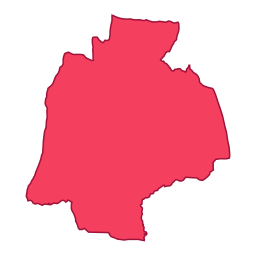 outline of Shinyanga Urban, Shinyanga, United Republic of Tanzania
{"feature_id": "72390352B93356288072561", "entity_name": "Shinyanga Urban", "entity_type": "district", "adm_level": 2, "iso_a3": "TZA", "parent_name": "United Republic of Tanzania", "parent_adm1": "Shinyanga", "projection": "robinson", "projection_center": [33.442, -3.624], "detail": "fine", "context": "isolated", "style": "filled", "palette": "rose", "viewbox_px": 256, "rotation_deg": 0, "n_neighbors": 0, "source": "geoboundaries", "source_scale": "gbopen_adm2", "svg_char_len": 4995}
<svg xmlns="http://www.w3.org/2000/svg" viewBox="0 0 256 256"><path d="M112.1,15.4L112.0,16.4L112.0,20.7L110.7,26.5L110.1,31.3L110.0,35.0L109.3,39.5L107.5,40.5L104.9,40.3L103.7,42.1L102.9,42.6L101.7,42.1L99.3,40.2L97.2,37.2L95.4,37.1L93.8,37.2L92.8,37.5L92.3,39.5L92.4,43.1L93.1,47.5L92.8,49.3L92.8,50.8L93.0,52.8L93.1,58.7L93.4,60.1L92.1,60.6L89.7,59.6L86.9,58.3L85.7,57.6L84.5,56.0L83.2,54.8L80.1,54.4L76.7,54.4L73.3,54.5L71.4,53.7L69.7,52.9L68.6,52.2L65.9,53.0L64.6,53.8L63.7,56.6L63.2,58.9L63.2,62.0L63.1,64.2L62.3,65.4L61.7,66.3L60.1,67.2L59.5,69.0L59.5,70.1L59.0,71.2L58.6,72.2L58.1,73.3L57.1,74.6L56.0,75.9L55.6,76.8L55.1,77.7L54.7,78.9L54.3,79.8L54.0,80.6L53.7,81.5L53.3,82.6L52.8,83.5L52.4,84.3L51.5,85.3L50.9,85.9L50.7,86.1L48.7,87.7L48.2,88.1L47.9,88.8L47.7,90.2L47.3,91.2L47.0,92.4L46.6,94.8L46.7,96.8L45.7,98.9L45.3,101.7L45.2,103.9L46.1,106.1L47.1,107.6L47.3,109.1L46.9,110.4L47.0,112.5L47.1,115.7L47.2,117.6L46.5,120.3L46.3,123.7L46.1,126.8L45.7,128.3L45.5,128.7L44.5,131.9L43.4,140.9L43.0,148.8L42.6,153.6L42.2,153.9L41.5,155.7L41.2,157.5L40.9,158.8L40.0,161.5L39.0,164.3L37.8,167.2L36.9,169.5L35.8,172.1L34.7,175.7L33.5,177.8L32.8,179.2L31.9,180.4L31.2,182.1L30.3,183.7L28.5,185.8L27.9,187.9L27.1,190.3L27.1,191.5L26.6,194.0L26.3,196.5L27.0,197.8L27.4,198.9L27.8,199.6L27.9,200.7L28.7,200.8L29.5,200.4L30.5,200.4L31.1,200.6L31.8,201.1L32.5,201.8L32.9,202.7L33.5,203.4L34.2,203.5L34.7,203.8L35.4,204.0L37.2,203.4L38.2,203.5L39.9,204.3L40.6,204.5L41.5,204.8L41.8,205.2L42.7,205.1L43.9,204.2L45.3,204.1L46.1,204.2L47.7,204.3L47.9,204.5L48.3,204.5L48.6,203.6L49.2,203.4L49.7,204.5L50.0,204.8L51.1,204.6L51.9,204.1L53.5,203.3L55.1,203.2L56.0,203.2L56.9,203.6L58.1,203.1L58.8,202.7L60.7,201.3L61.4,200.6L62.4,200.3L64.1,200.6L64.5,200.8L64.9,201.1L65.5,201.9L65.8,202.1L67.0,201.4L67.5,200.3L68.4,200.2L69.1,200.5L69.7,200.9L70.2,201.2L70.6,201.7L71.3,201.6L71.7,201.8L71.8,202.7L71.4,204.3L71.3,208.3L72.1,210.9L73.4,213.0L74.8,216.2L75.6,219.1L75.7,221.1L76.5,222.8L77.3,224.6L77.9,226.5L78.5,228.4L79.6,229.5L82.1,229.5L83.4,229.0L84.3,228.3L88.5,232.1L108.5,232.6L108.8,232.8L109.6,234.7L111.1,236.6L114.2,237.7L117.8,239.2L119.9,239.4L124.2,240.0L128.2,239.4L132.2,239.4L135.6,239.4L138.5,239.4L138.8,239.5L144.2,240.6L144.4,240.0L144.2,238.6L143.8,237.3L144.8,236.3L145.1,234.9L144.4,234.2L145.1,233.8L146.5,234.7L146.9,233.8L146.3,232.1L144.4,231.6L143.7,230.1L144.0,228.7L144.0,227.2L143.2,225.8L143.3,225.0L143.1,225.1L142.7,223.2L142.6,221.2L141.4,219.3L141.3,217.5L141.7,215.4L142.4,214.2L142.2,213.1L141.6,212.1L142.2,210.1L142.4,208.1L141.6,207.0L140.6,206.1L140.7,204.8L141.9,204.2L142.0,202.7L142.1,200.9L142.4,199.5L143.5,199.3L145.6,197.7L147.4,197.8L149.4,196.8L149.9,195.4L150.5,193.9L152.2,193.8L153.2,193.6L154.3,191.4L155.2,190.6L156.3,190.8L157.5,190.4L158.6,188.6L159.8,187.9L162.8,185.7L164.2,185.2L164.7,186.6L165.9,186.3L167.6,186.0L169.9,185.8L171.4,184.7L172.2,183.1L173.8,181.7L174.8,180.5L176.0,179.7L177.2,179.9L178.5,180.4L179.4,181.0L181.8,180.9L183.5,180.0L184.3,178.9L185.6,177.3L188.2,177.4L192.2,177.7L194.4,177.8L197.3,177.9L198.3,179.2L200.1,180.0L202.3,180.4L204.5,179.2L205.6,178.2L207.2,177.0L208.6,175.6L209.6,174.4L210.0,172.1L211.6,171.3L212.8,170.2L213.4,170.0L213.2,168.4L213.2,163.1L213.2,162.1L214.6,160.9L215.6,159.4L217.8,159.1L220.1,158.7L222.7,158.8L226.4,158.8L228.4,158.3L229.3,158.1L229.7,156.1L229.6,153.0L229.2,148.1L228.8,145.6L228.0,142.5L226.4,132.2L225.0,126.9L223.7,121.1L222.5,115.8L219.8,107.4L217.6,101.1L215.9,95.7L214.1,91.0L212.6,88.5L209.0,87.7L206.8,87.0L203.5,85.8L202.1,84.7L199.7,82.4L199.1,78.7L198.1,76.5L196.5,74.4L194.8,73.4L193.1,72.2L191.8,70.4L190.7,69.6L190.0,68.8L189.6,66.0L189.7,65.3L189.0,65.2L188.5,67.0L188.1,67.6L187.9,67.7L187.7,68.1L187.2,68.5L186.6,69.1L186.3,70.4L186.3,71.3L185.4,72.2L184.8,71.5L184.2,71.3L182.3,70.7L181.6,70.6L180.9,69.3L179.6,68.6L179.1,68.6L178.4,69.0L177.6,68.8L176.6,69.2L175.6,69.3L174.7,69.4L174.5,69.6L174.4,70.0L174.0,70.3L173.8,70.9L172.9,71.0L171.5,70.4L170.7,69.2L170.3,68.1L169.7,67.6L169.1,67.3L168.8,66.3L167.4,64.7L166.7,63.9L165.7,63.4L165.2,63.4L164.4,62.6L164.5,62.5L163.9,61.5L163.6,61.2L162.4,61.3L161.4,60.6L160.5,59.7L161.7,58.6L162.2,58.1L162.8,57.3L163.8,56.4L164.0,56.2L164.9,54.3L165.4,53.6L165.7,52.8L166.2,52.6L167.2,51.6L169.4,51.6L170.3,49.9L170.7,49.2L171.1,47.9L171.9,46.2L172.8,44.6L173.4,43.9L173.5,43.7L174.2,41.8L175.5,40.6L176.4,39.8L176.6,39.4L176.6,38.9L176.7,37.5L177.4,34.6L178.3,32.2L178.9,29.8L178.9,27.8L179.0,27.6L178.8,26.7L178.8,24.8L178.8,23.7L178.3,23.0L177.9,22.2L177.4,22.3L174.5,23.1L173.1,22.8L171.3,21.8L170.4,21.4L169.7,21.2L168.8,21.0L168.1,21.2L166.9,21.8L165.7,22.2L164.4,22.0L161.7,21.6L159.1,21.3L156.8,21.9L155.8,22.0L154.7,21.9L153.5,21.9L152.1,21.9L150.6,21.3L148.9,20.9L146.7,19.9L146.0,19.8L145.0,20.4L143.9,20.5L141.8,20.3L139.7,19.7L137.1,19.9L133.8,19.8L130.7,19.0L126.3,19.1L122.8,18.8L119.3,18.1L114.9,16.5L113.3,15.5L112.2,15.5L112.1,15.4Z" fill="#f43f5e" stroke="#9f1239" stroke-width="1.5"/></svg>